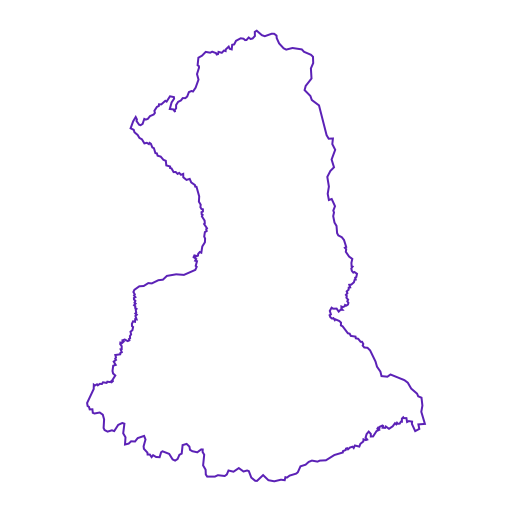 Barcelos, Amazonas, Brazil (Robinson projection)
{"feature_id": "56859067B95046472624752", "entity_name": "Barcelos", "entity_type": "district", "adm_level": 2, "iso_a3": "BRA", "parent_name": "Brazil", "parent_adm1": "Amazonas", "projection": "robinson", "projection_center": [-63.596, -0.141], "detail": "fine", "context": "isolated", "style": "outline", "palette": "violet", "viewbox_px": 512, "rotation_deg": 0, "n_neighbors": 0, "source": "geoboundaries", "source_scale": "gbopen_adm2", "svg_char_len": 6049}
<svg xmlns="http://www.w3.org/2000/svg" viewBox="0 0 512 512"><path d="M136.8,314.7L135.4,316.0L136.6,319.4L135.2,319.2L135.0,321.8L133.1,321.3L131.9,323.8L132.0,326.1L133.1,327.0L132.4,330.2L130.5,331.7L131.1,334.4L129.9,336.1L130.1,338.2L129.0,339.0L129.4,340.3L127.7,341.1L124.7,339.5L122.6,340.3L123.2,341.0L122.3,341.9L123.2,342.0L121.9,343.2L120.4,342.6L120.2,344.1L121.7,346.1L121.7,349.1L120.6,349.3L121.8,352.2L120.4,352.9L120.2,354.3L115.3,355.0L116.0,357.5L115.2,358.7L116.0,359.9L113.7,361.6L115.7,364.9L113.2,365.7L112.5,371.0L113.1,373.5L115.3,375.5L112.5,379.9L112.9,381.1L111.8,382.1L111.3,381.2L110.2,382.1L107.3,381.7L106.6,382.9L103.0,382.3L101.9,384.0L99.9,383.8L97.8,385.3L97.0,384.3L94.9,385.5L93.8,384.7L93.7,389.0L87.1,403.0L87.6,406.0L89.0,406.9L89.7,409.4L92.4,409.3L92.8,412.8L94.5,413.5L99.7,412.5L102.8,414.7L104.1,419.4L103.6,428.0L104.6,430.1L107.6,431.6L111.9,430.3L114.2,431.1L118.2,424.9L122.3,423.0L124.4,423.7L123.2,433.3L125.5,437.3L125.0,444.5L128.7,443.6L131.1,441.3L135.0,441.5L137.7,438.1L144.1,435.9L145.5,439.5L143.6,446.3L143.9,448.8L147.4,452.6L147.6,454.5L149.8,454.5L151.6,457.1L153.1,455.2L156.1,457.0L159.6,457.2L161.1,452.3L162.5,451.3L169.2,453.9L172.6,459.4L175.1,460.6L177.6,459.0L179.4,454.8L181.7,453.6L182.6,445.1L186.6,443.9L189.4,446.6L190.0,449.8L192.3,451.2L197.3,452.3L201.2,449.4L202.7,449.5L202.6,452.0L204.2,454.7L203.1,465.4L205.6,469.7L205.8,474.5L207.2,476.6L214.9,476.6L217.9,475.2L224.7,476.0L226.8,474.5L228.5,470.5L233.5,471.7L238.8,468.1L243.5,471.5L247.1,470.5L248.8,471.1L251.3,477.6L255.2,480.8L257.0,480.9L263.1,475.1L268.4,480.2L274.3,481.3L281.0,479.7L284.7,480.2L285.4,477.2L286.9,477.6L289.6,475.6L296.2,473.6L297.8,472.3L300.5,466.3L305.6,464.7L308.7,461.9L311.9,460.6L317.5,461.6L319.9,460.6L325.9,460.3L334.4,455.0L342.8,452.5L343.0,451.1L345.7,450.0L346.0,448.6L347.2,448.2L348.0,449.3L350.0,447.5L352.6,446.7L353.7,448.0L354.9,445.5L359.3,446.6L360.4,443.8L363.3,441.5L363.5,439.3L365.8,440.1L367.2,439.6L365.6,437.5L366.6,434.1L368.7,431.6L370.8,433.9L370.8,436.5L373.1,436.4L376.5,431.1L378.8,430.0L377.4,428.7L377.9,427.9L379.3,429.0L379.4,426.9L382.5,425.5L383.1,425.9L382.6,427.7L385.1,427.9L385.8,426.5L389.0,428.8L392.7,426.3L395.0,423.2L396.2,424.3L397.0,422.8L397.8,423.8L399.7,423.6L400.9,421.6L401.9,421.7L401.9,418.6L403.2,417.3L403.7,418.1L406.4,418.1L407.1,422.0L408.8,421.1L412.1,421.6L411.9,423.9L415.2,431.1L419.3,428.9L418.4,424.4L424.9,423.9L421.3,411.8L422.4,405.6L421.5,397.7L418.2,396.3L417.1,393.7L411.2,388.6L407.8,382.7L404.5,380.2L390.5,374.5L387.4,376.7L381.5,376.1L380.4,371.6L377.0,366.7L375.5,361.5L370.1,350.4L367.5,347.8L364.3,347.5L362.7,345.6L363.3,344.0L362.1,341.8L360.6,341.8L358.2,338.8L355.8,338.3L355.5,336.6L350.8,335.9L349.7,333.7L347.9,333.3L342.6,326.3L340.9,325.4L341.0,322.6L339.3,321.0L335.3,319.3L334.8,320.1L333.4,318.1L332.1,318.6L330.4,317.3L329.6,315.2L330.9,314.4L329.8,310.9L331.6,307.7L333.1,308.7L336.6,308.6L338.7,311.6L340.5,309.8L342.5,309.8L341.4,308.5L341.4,306.5L342.8,307.1L344.8,306.2L345.1,305.0L346.4,305.6L348.0,304.5L348.4,302.8L347.3,301.3L348.1,299.7L346.4,297.7L346.8,296.0L345.9,294.9L347.4,293.2L346.7,291.4L348.6,289.7L348.7,287.7L350.2,287.4L349.3,284.8L351.3,284.6L353.9,282.3L354.7,279.6L355.7,279.5L355.2,277.7L356.3,277.0L357.0,273.8L354.4,272.0L353.3,272.6L351.8,270.8L351.3,268.4L352.6,266.6L351.6,266.2L351.4,262.9L352.3,258.9L349.1,256.6L345.8,251.8L346.2,249.2L344.9,247.8L346.2,247.0L344.0,240.0L341.8,237.2L338.3,235.4L337.1,233.1L336.5,225.9L334.5,222.6L333.2,216.1L334.0,212.5L333.3,210.6L335.0,206.2L331.7,199.0L328.9,200.0L327.7,193.8L328.9,186.6L327.3,176.9L330.4,170.9L334.0,167.3L331.6,159.5L335.2,149.8L332.3,144.1L332.9,138.5L328.7,138.7L326.6,135.2L319.0,105.4L311.8,100.0L310.4,96.0L304.6,90.1L305.7,85.9L311.5,78.5L310.9,68.4L313.2,63.1L313.0,56.8L311.0,54.8L304.0,51.8L301.8,49.4L292.5,48.0L286.2,49.6L283.6,48.3L279.1,43.4L276.7,38.1L276.5,35.6L274.2,33.8L271.8,33.7L264.8,36.2L261.9,35.2L256.7,30.7L254.8,31.9L254.9,36.0L252.6,38.5L250.6,39.0L248.7,37.5L246.5,40.0L245.1,40.1L243.5,38.7L240.7,38.3L236.0,40.8L234.2,44.4L232.2,44.8L231.7,49.4L229.7,48.8L228.7,46.6L225.7,49.5L225.6,51.1L223.9,50.6L221.8,52.8L218.5,51.9L218.0,54.1L216.7,54.5L216.0,53.1L212.2,51.7L210.2,52.7L205.7,51.9L202.0,55.7L198.4,57.7L197.6,65.2L198.9,66.2L199.0,67.7L197.0,74.1L198.5,79.6L195.6,87.7L193.0,91.5L191.5,91.0L188.9,92.1L187.2,96.5L185.4,98.1L182.7,98.1L181.0,100.4L178.1,101.9L176.1,105.0L176.1,108.3L174.7,110.0L175.1,112.0L173.3,109.4L169.8,109.0L171.6,102.4L174.1,98.7L173.9,97.1L170.0,96.3L166.6,101.6L165.3,100.8L161.3,104.4L159.0,104.3L158.8,106.0L156.9,106.9L154.4,110.8L154.9,112.9L153.7,114.5L150.0,116.1L147.8,118.9L145.8,119.6L144.3,118.9L142.6,123.9L140.5,125.2L139.1,124.7L136.5,121.0L136.9,119.4L135.7,117.0L133.2,121.2L130.6,128.3L133.7,129.8L134.5,132.3L137.7,135.0L139.4,137.9L141.9,139.3L144.4,143.4L146.8,142.8L148.9,144.1L149.6,142.9L150.9,143.8L152.3,147.4L153.9,148.2L155.4,153.1L156.9,153.4L157.6,155.7L160.7,156.6L163.4,159.8L165.8,160.8L166.3,165.4L170.1,166.5L170.1,168.0L171.5,168.4L173.6,172.1L175.7,172.0L177.6,173.9L179.2,172.9L181.0,174.8L183.2,173.9L183.3,177.3L186.5,179.9L189.7,178.9L191.2,182.4L194.9,185.0L195.2,186.6L196.5,186.8L199.2,196.4L198.9,201.7L200.7,204.7L200.4,207.2L201.5,209.0L202.9,209.3L202.9,211.5L201.5,212.2L201.7,214.4L202.6,214.9L201.9,216.4L204.6,220.6L204.8,223.3L204.1,224.0L207.0,228.3L206.2,229.2L206.7,231.0L204.9,232.1L204.2,236.5L205.1,238.6L204.9,242.3L202.3,246.4L201.3,252.7L199.8,252.0L198.2,253.8L198.0,255.6L195.7,256.6L196.1,255.8L194.4,255.4L193.6,257.1L196.2,259.0L195.2,260.7L197.0,261.2L195.7,265.9L196.7,266.8L195.3,269.9L183.9,274.9L176.2,274.3L166.9,275.9L162.9,279.7L158.4,280.2L151.8,283.4L148.3,283.1L143.7,286.0L139.3,286.3L134.4,289.8L133.4,292.0L134.8,294.4L134.0,295.4L135.4,297.1L133.9,298.0L134.0,299.5L135.4,300.9L134.5,302.7L135.6,303.6L134.1,305.2L135.3,306.2L135.2,308.0L136.5,308.9L135.7,309.7L136.2,312.6L135.3,313.5L136.8,314.7Z" fill="none" stroke="#5b21b6" stroke-width="2"/></svg>